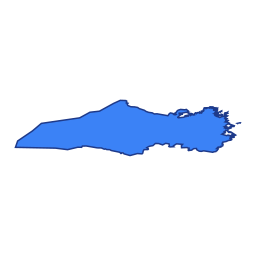 Borgarbyggð, Vesturland, Iceland (Equal Earth projection), rotated 181°
{"feature_id": "244011B50787148750106", "entity_name": "Borgarbyggð", "entity_type": "district", "adm_level": 2, "iso_a3": "ISL", "parent_name": "Iceland", "parent_adm1": "Vesturland", "projection": "equal_earth", "projection_center": [-22.083, 64.706], "detail": "fine", "context": "isolated", "style": "filled", "palette": "blue", "viewbox_px": 256, "rotation_deg": 181, "n_neighbors": 0, "source": "geoboundaries", "source_scale": "gbopen_adm2", "svg_char_len": 5690}
<svg xmlns="http://www.w3.org/2000/svg" viewBox="0 0 256 256"><g transform="rotate(181 128 128)"><path d="M130.6,155.4L136.2,155.5L142.9,152.3L156.9,144.3L166.3,143.1L176.5,137.3L214.7,131.1L223.5,123.4L238.1,113.1L240.2,106.7L200.1,106.6L188.0,105.3L177.9,107.9L174.0,107.9L173.4,109.1L169.5,109.3L158.4,107.6L154.3,107.6L151.4,106.4L150.2,106.7L149.0,106.1L145.8,106.0L144.4,105.2L135.8,103.6L134.7,102.4L134.2,102.5L134.2,103.0L133.4,103.1L132.3,102.9L131.6,102.1L125.5,100.5L118.2,102.6L113.5,102.4L112.8,103.1L112.4,105.3L111.5,106.7L107.7,106.8L107.3,107.2L107.4,107.7L108.9,108.7L106.4,110.1L102.8,110.8L100.4,113.0L97.1,113.0L93.1,111.7L90.1,113.3L86.7,112.9L86.4,111.0L86.8,110.2L85.7,109.8L82.0,110.1L82.5,110.5L82.4,110.9L79.2,113.0L73.2,112.6L74.3,111.3L74.1,109.2L68.5,109.5L67.6,108.9L66.7,109.0L66.5,107.9L67.5,107.0L67.1,106.5L63.9,107.0L62.0,108.5L59.2,108.7L58.8,107.4L56.4,106.1L54.4,105.9L51.9,106.5L42.7,105.2L42.1,105.6L39.7,106.0L39.2,106.7L38.6,106.9L37.5,108.5L37.6,108.8L38.6,108.9L37.7,109.4L38.4,109.7L38.0,110.2L37.3,110.5L35.1,110.5L34.0,111.1L33.8,111.3L34.2,111.5L32.9,111.9L32.7,113.2L33.6,113.6L33.2,114.3L32.5,114.3L33.4,114.7L33.0,115.5L29.6,116.2L27.3,117.3L25.0,117.6L24.4,118.0L25.3,118.7L25.1,118.8L25.5,119.3L24.6,119.3L25.1,119.8L23.1,120.6L22.1,120.4L21.2,120.9L24.0,120.8L25.5,120.2L25.3,120.7L24.8,120.7L25.1,121.0L23.8,121.7L24.4,122.0L22.2,122.5L23.9,123.2L24.9,122.2L27.0,122.2L27.1,122.6L28.3,122.6L29.0,122.0L33.5,123.3L32.9,123.5L33.3,124.1L30.9,124.8L30.7,125.2L31.6,125.2L31.8,126.1L30.9,126.3L30.2,127.3L28.9,127.2L28.5,126.8L29.0,126.5L28.0,126.8L28.1,128.2L27.7,128.8L24.9,129.9L25.1,130.4L24.6,131.3L25.2,131.5L25.5,131.0L26.4,130.8L27.2,130.0L28.1,129.8L27.8,130.1L29.4,129.3L31.0,129.1L30.1,129.6L30.8,129.7L30.2,130.1L32.2,130.3L31.0,130.5L31.2,130.8L30.2,131.2L31.0,131.3L30.3,131.6L30.1,132.5L29.0,133.3L27.5,133.9L25.6,133.0L22.4,132.1L23.1,131.3L22.0,131.4L21.7,132.1L27.2,133.9L27.6,134.3L27.0,134.7L29.3,135.9L28.9,136.4L29.8,135.6L30.9,135.8L30.3,136.2L30.6,136.3L30.1,137.3L29.4,137.8L29.8,137.6L29.9,138.0L30.8,137.7L30.0,138.3L30.4,138.2L30.4,138.4L30.1,138.3L28.9,139.3L30.0,138.7L29.5,139.3L30.1,138.9L30.3,139.2L30.7,138.8L31.5,138.7L31.3,138.8L31.0,138.8L30.7,139.2L31.0,139.3L30.5,139.8L29.9,140.0L30.6,139.9L29.7,141.3L30.1,140.9L30.1,141.2L30.5,141.0L30.3,141.3L31.1,141.4L31.0,141.6L32.0,141.4L31.9,141.8L32.7,141.3L33.0,141.6L33.7,141.2L33.8,141.9L35.6,140.3L36.8,140.1L37.3,140.4L36.9,140.5L38.2,140.8L37.7,141.3L39.2,141.0L39.8,141.3L38.9,141.5L37.7,142.6L36.2,142.3L36.4,142.6L36.1,142.7L37.7,142.7L39.0,142.3L39.6,142.5L40.1,141.6L40.9,142.2L41.2,142.6L39.7,142.8L39.7,143.1L40.4,142.9L39.8,143.6L40.1,144.0L40.9,143.7L41.9,143.9L41.2,144.2L41.4,144.6L40.3,144.7L40.0,145.3L40.3,145.5L40.1,145.6L40.2,145.8L39.6,145.7L40.1,146.1L39.7,146.3L40.0,146.9L39.2,146.8L38.8,147.4L38.8,148.6L39.4,147.8L39.3,147.1L40.0,147.6L39.5,148.1L40.2,149.2L40.4,148.7L40.2,148.4L40.6,148.5L40.2,148.0L40.1,147.2L40.4,146.8L40.3,146.4L40.6,146.3L41.3,146.8L41.1,146.9L41.4,147.4L42.6,147.3L42.4,148.3L42.6,148.3L42.6,148.5L42.3,148.8L43.2,149.0L43.3,149.4L43.6,149.1L43.9,149.4L43.5,149.6L43.6,149.9L44.6,149.8L45.1,149.3L45.2,149.6L44.8,150.0L45.9,149.9L46.7,149.3L47.7,149.2L46.3,149.8L46.3,150.2L45.6,150.6L46.5,150.6L47.0,149.9L49.2,149.5L49.1,149.3L49.7,148.9L50.9,148.8L50.1,149.6L52.1,149.5L53.0,147.4L52.5,147.0L52.8,146.3L52.3,146.3L53.7,146.0L54.9,145.2L54.5,145.0L54.8,144.6L54.5,144.6L54.7,144.2L55.7,144.4L56.4,144.1L56.5,144.7L57.1,144.0L56.8,145.2L57.7,144.6L58.7,144.6L58.7,144.3L59.6,144.2L59.9,143.8L60.1,144.3L60.8,144.4L61.6,143.6L61.7,142.5L62.2,142.8L62.8,142.2L64.2,142.6L64.5,142.2L65.2,142.3L65.7,141.6L66.4,142.2L65.6,142.6L65.9,142.9L64.6,143.5L65.3,143.7L66.2,143.1L67.3,143.7L66.5,143.2L66.5,142.4L68.0,142.0L67.8,141.8L68.4,141.2L68.2,140.9L69.6,140.8L69.0,141.7L70.5,141.4L69.9,141.0L70.0,140.5L71.9,140.2L72.3,139.7L77.7,139.1L78.4,139.4L78.4,139.7L76.5,141.5L74.8,142.6L73.2,142.7L76.7,142.7L77.2,143.0L77.1,143.8L74.8,143.7L70.3,144.7L69.0,144.5L68.1,144.0L68.3,144.5L67.4,145.0L68.7,145.5L68.8,146.0L68.3,146.3L70.0,147.6L71.6,147.2L75.7,147.5L78.2,146.7L79.3,145.8L80.1,144.5L81.3,143.7L80.0,142.4L81.1,142.0L82.5,142.3L82.8,142.6L82.5,142.8L83.3,143.3L85.8,143.8L86.9,143.1L88.3,141.0L99.2,142.7L101.9,142.5L104.1,143.6L107.6,144.0L110.3,144.9L111.9,146.0L117.1,147.6L118.7,148.7L121.7,149.2L125.5,149.3L128.6,150.5L129.2,151.9L128.5,152.7L129.9,153.0L129.6,153.4L130.1,153.9L129.7,154.8L130.6,155.4ZM30.2,143.7L28.4,144.5L28.9,145.1L28.7,145.6L29.8,145.0L31.3,144.9L31.7,144.3L31.3,144.0L31.5,143.7L30.2,143.7ZM26.2,125.8L24.7,125.2L21.0,122.8L21.3,122.2L20.2,122.8L25.0,125.8L26.7,126.1L27.6,125.7L27.4,125.3L25.5,125.3L25.9,125.7L27.1,125.5L26.2,125.8ZM42.3,149.1L41.2,148.7L41.3,149.4L40.8,149.3L40.2,149.6L42.2,149.8L43.4,150.5L44.8,150.3L43.3,150.3L42.1,149.7L42.3,149.1ZM31.4,142.1L29.5,141.4L28.7,141.7L28.6,141.8L29.8,142.0L30.1,142.6L30.6,142.8L31.4,142.7L32.1,142.2L31.4,142.3L31.4,142.1ZM38.9,143.8L38.5,144.3L39.6,144.5L39.4,144.5L39.5,145.0L39.2,144.9L39.1,145.2L39.4,145.3L40.3,144.7L39.9,144.5L40.1,144.1L39.4,144.2L39.5,143.9L38.9,143.8ZM36.2,144.8L35.8,145.8L36.2,146.0L36.8,145.7L36.0,145.6L36.2,144.8ZM54.5,146.3L54.8,145.6L54.3,146.1L53.4,146.2L54.5,146.3ZM38.6,144.4L37.3,144.0L37.9,144.4L37.8,144.9L38.6,144.4ZM35.4,146.4L34.6,146.2L34.6,146.8L35.4,146.4ZM35.1,143.4L35.2,142.7L34.4,143.2L35.1,143.4ZM28.2,137.3L29.1,136.5L28.0,137.2L28.2,137.3ZM16.5,135.0L15.9,134.9L15.8,135.1L16.2,135.1L16.1,135.4L16.5,135.0ZM18.8,134.5L18.4,134.3L18.0,134.7L18.8,134.5ZM28.8,138.9L28.2,139.2L28.0,139.3L28.8,138.9Z" fill="#3b82f6" stroke="#1e3a8a" stroke-width="1.5"/></g></svg>